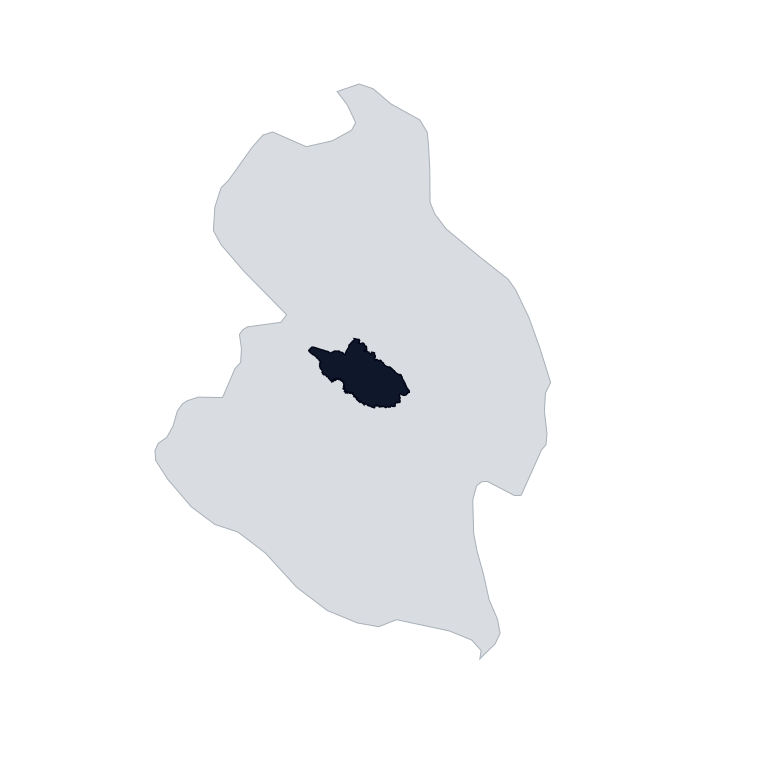 Kamonyi, Southern, Rwanda shown in context, rotated 132°
{"feature_id": "39286606B23352434464252", "entity_name": "Kamonyi", "entity_type": "district", "adm_level": 2, "iso_a3": "RWA", "parent_name": "Rwanda", "parent_adm1": "Southern", "projection": "equal_earth", "projection_center": [29.885, -2.028], "detail": "fine", "context": "in_parent", "style": "filled", "palette": "ink", "viewbox_px": 768, "rotation_deg": 132, "n_neighbors": 0, "source": "geoboundaries", "source_scale": "gbopen_adm2", "svg_char_len": 7097}
<svg xmlns="http://www.w3.org/2000/svg" viewBox="0 0 768 768"><g transform="rotate(132 384 384)"><path d="M320.7,223.0L327.8,222.8L374.9,207.6L379.6,212.3L387.2,241.8L391.2,246.0L397.7,247.1L410.9,240.4L435.1,217.3L445.7,203.4L458.2,183.7L474.0,161.5L482.9,142.2L491.6,130.9L502.9,127.5L515.5,128.4L524.2,128.8L517.1,133.4L515.6,147.5L523.8,170.2L550.8,217.0L568.0,225.6L579.3,243.8L590.3,274.5L593.5,312.9L589.0,359.0L591.7,393.3L601.6,415.8L604.2,445.0L599.5,480.9L593.7,502.3L586.9,509.5L579.3,512.1L568.9,509.7L556.2,512.7L542.4,519.5L533.7,520.5L528.3,519.1L518.2,513.4L502.1,494.9L472.1,505.1L464.0,504.9L453.0,513.7L444.0,524.5L438.6,525.3L433.0,523.8L407.2,501.9L397.7,502.7L393.9,564.1L389.5,598.2L384.2,613.4L365.7,628.1L347.1,636.4L336.9,635.8L296.0,640.4L280.0,640.5L271.2,635.4L259.7,600.6L238.0,585.2L217.1,577.9L208.7,579.9L201.1,598.2L198.0,614.5L177.8,603.3L171.8,589.5L171.2,566.1L163.8,534.1L167.9,520.5L175.8,511.7L192.6,494.8L218.1,471.4L223.6,460.2L227.2,441.6L225.5,398.4L223.1,361.8L226.1,348.8L237.7,320.6L253.3,291.7L271.5,261.1L282.5,258.1L296.9,246.6L312.1,229.4L320.7,223.0Z" fill="#d9dde1" stroke="#a8b0b8" stroke-width="1"/><path d="M409.2,377.4L408.7,376.9L408.5,376.0L408.0,375.2L407.7,375.3L407.9,376.1L407.7,376.3L406.8,375.7L406.2,376.1L405.9,376.1L405.5,375.6L404.9,375.7L404.7,375.4L405.0,374.6L404.6,374.5L404.3,373.7L404.1,373.6L403.8,373.8L403.5,373.6L403.7,372.9L404.1,372.4L404.2,372.1L404.0,371.9L403.5,371.8L402.9,370.9L402.5,370.8L401.9,371.0L401.8,370.8L401.7,369.9L401.6,369.7L401.2,369.4L400.6,369.2L400.4,368.9L400.3,368.7L400.6,367.6L400.4,367.0L399.5,366.6L398.8,367.0L398.5,366.9L398.1,365.1L397.5,365.1L397.0,364.0L395.6,364.6L395.2,364.6L395.1,364.0L395.2,363.4L395.1,363.0L393.4,361.0L392.4,361.4L391.6,362.5L390.6,362.4L390.0,362.6L389.4,362.4L388.9,361.4L387.8,361.0L387.4,360.2L386.8,360.0L385.6,361.0L385.1,362.2L384.0,362.5L383.5,362.8L383.3,363.0L383.2,363.9L383.0,364.3L381.8,364.8L381.2,365.5L380.8,365.7L380.0,365.1L379.9,364.5L379.9,363.3L379.0,361.5L378.3,360.9L377.1,360.3L376.2,360.5L375.4,360.2L375.1,360.3L374.5,360.8L374.0,360.2L373.5,360.0L373.2,359.7L372.3,360.6L372.2,360.6L372.0,360.9L372.2,361.5L372.1,362.0L372.2,362.6L371.8,362.7L371.9,363.2L371.6,363.7L371.9,364.7L371.8,365.2L371.2,365.2L371.1,366.4L370.7,366.3L370.4,366.7L370.4,367.2L370.1,367.6L370.1,367.9L369.8,368.2L370.0,368.5L369.6,368.7L369.6,369.7L369.0,369.8L369.1,370.4L369.0,370.9L368.6,371.2L368.6,371.8L368.2,372.0L368.2,372.8L368.0,373.5L367.4,374.3L367.3,374.8L366.8,375.1L366.6,375.6L366.5,376.9L366.1,377.0L365.9,377.2L366.2,378.5L367.0,378.7L367.2,379.5L367.8,382.6L367.7,383.2L367.9,383.6L367.6,383.9L367.7,384.2L367.3,385.3L367.5,386.0L367.4,386.5L367.6,387.3L367.3,388.4L367.5,388.7L367.3,390.2L367.8,391.0L367.8,391.5L368.5,391.8L368.6,392.0L368.7,392.8L369.0,393.0L369.4,394.4L369.7,396.1L369.6,396.6L369.4,396.8L369.5,397.6L368.9,398.4L368.9,399.3L369.2,400.9L368.7,401.6L368.7,402.5L368.9,402.7L369.3,402.7L370.2,403.5L370.3,404.3L370.6,405.1L370.5,405.4L370.9,406.1L371.0,406.2L371.8,406.3L371.9,406.2L372.0,406.9L371.8,407.3L371.6,408.2L370.9,408.4L370.5,408.3L369.6,408.7L369.1,409.3L369.0,409.6L368.8,409.6L368.8,409.9L368.2,411.3L367.3,411.8L367.2,412.0L368.7,414.5L369.1,414.4L369.5,413.8L370.4,413.4L370.3,413.9L370.6,414.2L371.0,414.3L371.1,415.5L370.7,416.3L370.5,416.5L371.0,417.1L371.1,418.5L371.3,419.0L372.1,419.6L372.7,420.5L372.4,420.5L372.0,421.0L371.9,420.9L371.8,421.1L371.5,421.1L370.1,419.8L369.2,420.9L368.8,421.1L368.2,421.9L368.6,421.9L368.5,422.1L368.2,422.4L368.4,422.5L368.5,423.1L368.4,423.2L368.6,423.4L368.3,423.7L368.4,424.0L368.3,424.7L368.2,424.5L367.6,425.2L367.5,425.9L367.7,426.1L367.6,427.0L368.0,427.5L368.7,427.6L369.1,428.0L369.5,428.1L370.0,428.4L370.3,428.9L370.2,429.6L370.6,430.7L370.5,430.9L369.5,430.3L369.3,430.9L368.1,431.1L368.0,431.9L367.8,431.8L367.6,432.4L368.2,433.0L368.7,433.9L369.0,433.7L369.2,433.8L369.5,434.6L369.4,434.7L369.6,435.0L369.5,435.5L370.2,436.4L370.3,435.8L371.0,435.6L372.5,435.6L373.4,436.1L374.3,435.7L374.9,435.7L375.3,436.0L376.6,435.8L377.4,435.8L377.7,436.0L378.5,436.0L378.9,435.6L379.3,435.5L380.0,434.9L380.5,434.8L381.4,434.3L381.8,434.5L383.0,434.3L383.5,434.0L384.3,434.2L385.4,433.5L385.8,433.6L386.6,433.4L387.6,432.5L388.0,432.4L388.4,432.7L388.7,434.1L388.5,434.5L388.5,434.9L388.4,435.1L388.6,436.3L389.4,437.3L389.8,439.0L389.7,439.4L389.9,439.4L390.1,439.9L390.5,439.8L390.8,440.1L391.0,440.9L391.8,441.8L392.5,442.3L392.4,442.6L392.5,442.7L396.1,444.1L396.5,444.0L397.1,444.4L397.1,445.5L397.4,447.5L398.7,449.6L399.1,450.9L400.6,453.9L403.3,460.0L404.1,461.4L405.1,462.3L409.4,462.4L409.6,462.2L409.7,461.3L409.5,460.9L409.9,460.4L409.7,460.2L409.7,459.6L410.0,458.7L409.7,457.9L409.8,457.6L409.8,456.6L409.5,456.4L409.4,455.4L409.1,454.9L409.3,454.2L409.0,453.1L409.5,451.7L409.4,451.3L409.5,450.7L409.3,450.6L409.3,448.6L409.8,448.1L409.8,447.8L409.9,446.0L410.3,445.6L410.5,445.2L411.3,445.4L411.6,445.7L411.9,445.2L412.7,444.2L413.1,444.4L413.4,443.8L413.7,443.8L413.9,443.5L415.1,441.5L415.0,440.3L415.4,438.7L416.1,437.8L416.7,437.9L416.9,437.7L417.1,436.4L417.5,435.7L417.3,434.8L417.0,434.5L416.7,434.5L416.4,433.4L416.4,432.4L416.8,431.8L416.7,431.3L416.3,430.9L416.2,430.5L416.4,429.5L416.8,429.0L416.9,428.6L416.7,427.4L417.1,426.4L417.0,425.5L417.2,424.7L416.5,425.1L416.6,423.8L416.3,423.5L416.1,423.6L415.9,424.3L415.3,424.1L414.8,423.5L414.6,424.3L414.2,424.4L413.9,424.2L414.2,423.8L414.1,423.4L413.8,422.8L413.5,422.5L413.2,422.5L413.1,423.2L413.0,423.5L412.7,422.8L412.3,422.5L412.1,422.5L411.7,423.0L411.6,422.9L411.8,422.4L411.7,422.1L411.0,422.1L411.1,421.1L410.6,421.2L410.3,419.8L409.9,420.1L409.4,419.9L410.2,419.2L410.2,418.9L409.9,418.9L409.9,418.6L410.2,417.9L410.2,417.6L409.8,417.3L409.4,415.7L409.6,415.5L410.0,415.8L410.3,414.7L410.8,414.3L410.9,413.6L411.3,412.8L411.5,412.7L411.7,413.0L412.0,413.0L412.1,412.4L412.4,411.7L412.8,411.7L413.1,411.4L413.6,411.2L413.3,412.0L414.3,411.3L414.9,411.2L414.8,410.4L414.1,410.0L414.0,409.6L414.3,408.7L414.7,408.9L414.8,408.2L415.2,408.4L415.6,408.1L415.7,408.4L415.9,408.4L415.8,407.9L416.4,406.7L416.1,406.2L415.2,406.7L414.9,405.9L414.6,405.6L414.8,405.3L414.9,405.0L414.0,405.1L414.2,404.6L413.6,404.1L413.8,403.8L413.8,403.5L412.8,403.2L412.8,402.9L413.3,402.7L413.2,402.4L412.6,402.4L412.3,402.1L411.9,402.2L411.9,401.9L412.1,401.6L412.4,400.7L412.2,400.7L411.8,401.1L411.5,400.9L411.4,400.7L411.9,400.4L412.5,399.3L412.5,399.1L412.0,398.8L411.9,398.4L412.0,398.1L412.9,398.4L413.5,398.0L413.0,396.9L412.6,395.7L413.1,395.6L413.1,395.3L412.6,394.4L413.1,394.4L413.8,394.0L413.7,392.6L413.7,392.1L413.7,391.5L413.8,390.9L413.6,390.3L413.7,389.8L413.7,389.6L413.4,389.6L413.3,390.2L413.1,390.4L412.6,390.1L413.0,389.7L412.6,388.5L412.6,387.5L412.0,387.0L412.1,386.8L412.5,386.7L412.7,385.4L412.2,385.9L412.2,385.0L411.9,384.8L411.8,385.4L411.7,385.4L411.2,384.9L411.2,384.2L410.3,383.3L410.2,382.8L410.6,382.7L410.8,382.2L409.8,382.1L409.9,381.6L410.4,381.3L410.5,380.9L410.2,380.3L409.7,379.8L409.2,377.4Z" fill="#0f172a" stroke="#020617" stroke-width="1.5"/></g></svg>